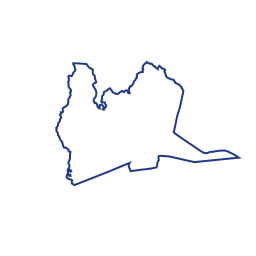 outline of Monção, Maranhão, Brazil, rotated 148°
{"feature_id": "56859067B17322500216026", "entity_name": "Monção", "entity_type": "district", "adm_level": 2, "iso_a3": "BRA", "parent_name": "Brazil", "parent_adm1": "Maranhão", "projection": "robinson", "projection_center": [-45.311, -3.479], "detail": "fine", "context": "isolated", "style": "outline", "palette": "blue", "viewbox_px": 256, "rotation_deg": 148, "n_neighbors": 0, "source": "geoboundaries", "source_scale": "gbopen_adm2", "svg_char_len": 4111}
<svg xmlns="http://www.w3.org/2000/svg" viewBox="0 0 256 256"><g transform="rotate(148 128 128)"><path d="M140.1,211.9L140.7,210.7L140.5,209.1L141.2,207.5L141.5,205.5L143.0,204.4L144.2,204.2L145.8,203.4L147.1,202.4L148.3,201.8L149.3,202.7L150.3,203.7L151.6,203.0L151.9,201.3L153.0,199.6L154.3,198.8L154.8,197.7L155.4,196.1L156.1,195.3L156.5,194.3L156.5,192.4L156.2,190.7L157.0,189.1L158.4,188.9L158.8,187.5L159.2,186.2L160.4,185.6L161.2,184.9L162.4,184.5L163.2,184.1L164.1,183.1L164.7,181.8L165.6,180.8L166.5,179.9L167.5,179.5L169.2,179.5L170.5,179.1L171.6,179.5L172.6,179.4L173.3,178.7L174.0,177.6L174.5,176.1L175.8,176.2L176.7,176.8L177.1,175.5L178.4,175.5L178.9,174.5L178.8,173.2L179.3,172.0L180.6,171.8L181.4,170.8L182.2,169.9L183.2,169.5L184.5,169.2L185.3,168.3L185.8,167.5L187.2,166.6L188.9,166.1L188.9,164.9L190.1,164.1L190.2,162.6L190.1,161.2L190.5,160.2L191.2,159.1L190.9,157.6L191.3,156.5L191.2,155.4L191.7,154.0L191.3,151.4L191.4,150.4L192.2,148.2L192.6,146.6L192.5,145.0L191.0,144.3L190.6,143.0L189.8,141.2L190.6,140.1L190.4,138.9L189.5,138.3L190.5,137.0L191.4,135.9L192.2,134.7L192.9,133.4L193.9,132.5L194.9,131.7L195.9,130.9L197.0,130.2L197.4,129.1L197.3,127.7L198.2,126.2L199.1,125.6L200.1,125.2L199.8,123.8L201.6,124.2L202.4,122.4L202.6,121.3L203.0,120.2L204.3,120.8L205.2,120.0L206.3,118.5L205.6,117.2L205.1,115.8L204.4,115.2L203.5,114.3L203.1,113.1L204.2,112.2L205.0,110.7L204.3,109.6L203.8,108.0L166.0,101.0L151.8,98.7L145.1,97.5L147.0,96.4L147.7,94.8L148.1,93.1L148.3,91.4L148.6,90.0L146.8,89.2L139.3,85.8L137.5,85.0L136.0,84.2L134.3,83.4L129.6,81.3L124.8,79.5L123.3,80.5L122.6,81.6L121.5,82.8L120.3,83.8L118.9,84.4L118.4,85.7L117.8,86.8L116.9,87.9L114.9,87.0L112.7,85.4L108.3,82.2L103.9,77.9L97.4,71.4L89.6,63.8L71.9,55.1L49.7,44.1L52.5,49.9L54.3,52.7L56.1,55.6L58.2,57.9L62.7,60.4L67.3,62.4L68.5,62.8L71.3,64.3L74.2,64.7L76.2,66.2L77.4,67.5L79.4,71.7L81.3,76.1L86.8,88.5L90.1,96.2L91.6,99.9L85.0,106.8L79.3,112.7L74.3,116.9L73.0,118.1L61.3,130.1L61.4,131.1L61.1,132.4L61.5,133.3L60.8,134.3L61.4,135.5L61.4,137.3L62.4,138.6L63.0,139.9L63.9,140.8L63.6,142.2L64.0,143.6L63.7,144.7L64.9,145.7L65.9,147.0L66.7,147.8L67.3,149.1L67.9,149.9L68.2,151.0L68.2,152.0L67.9,153.3L67.3,154.8L67.2,156.6L66.3,157.0L65.7,157.9L66.4,159.3L67.6,160.4L67.8,161.6L68.0,162.9L68.5,164.1L69.6,163.6L70.9,163.1L71.5,162.2L72.0,163.7L72.7,165.0L72.4,165.9L73.2,166.6L73.5,167.8L73.7,169.4L74.2,170.4L75.3,170.6L75.8,171.8L76.6,172.7L77.1,174.0L78.3,173.3L79.3,173.7L80.6,173.4L81.9,172.9L82.7,172.1L83.9,171.4L83.9,169.8L85.0,169.2L85.6,167.7L86.8,168.2L88.2,168.7L89.2,169.0L90.3,168.8L91.7,168.8L92.8,168.0L93.2,166.8L93.8,165.9L94.9,165.9L95.6,165.2L96.5,164.7L97.5,164.6L98.5,164.3L99.3,163.5L100.3,162.6L102.0,162.2L103.2,161.7L104.2,162.3L104.8,161.5L106.0,161.2L106.5,160.2L107.6,159.7L107.8,158.2L108.0,156.7L108.9,156.9L109.3,158.1L108.9,159.0L108.8,160.0L109.5,160.9L110.9,161.1L112.4,160.5L112.8,161.5L113.6,162.8L115.0,162.5L116.3,162.7L117.7,162.2L118.9,162.4L119.8,162.9L120.5,164.2L121.6,165.5L122.1,167.1L121.9,168.6L122.2,169.9L122.3,171.2L123.3,171.5L124.2,171.3L125.5,171.0L126.9,171.0L128.2,171.1L129.2,171.3L130.1,170.4L130.8,169.5L131.7,169.0L132.8,168.9L133.8,168.1L134.3,166.6L135.3,165.3L136.4,165.1L136.8,164.2L136.7,163.2L135.8,162.9L134.9,162.7L134.1,161.8L134.6,160.5L134.5,159.5L134.6,158.5L135.4,157.8L136.6,157.2L137.7,157.1L138.9,156.4L139.5,157.2L138.2,158.0L137.3,159.0L137.5,160.5L138.4,161.7L139.9,162.4L141.0,161.1L141.5,159.6L142.3,160.4L142.4,161.7L142.4,163.0L141.9,163.9L141.7,165.3L142.0,166.5L142.9,166.6L143.0,168.1L142.7,169.3L142.0,170.3L140.9,170.9L139.8,171.2L138.8,171.7L137.9,172.4L137.2,173.1L136.3,174.5L135.6,175.8L135.3,177.5L135.2,179.2L135.2,180.8L135.3,182.5L134.5,183.6L132.9,183.8L131.7,183.6L130.7,183.6L129.8,187.3L129.3,188.4L128.6,190.0L129.0,191.9L128.9,192.9L128.2,194.3L126.8,196.2L129.1,200.3L129.3,204.3L131.2,205.6L133.8,207.5L135.4,208.7L140.1,211.9ZM199.8,123.8L199.0,122.5L199.1,121.4L200.0,121.6L200.6,122.6L199.8,123.8ZM203.0,120.2L201.8,118.9L202.1,117.9L203.2,118.6L203.0,120.2Z" fill="none" stroke="#1e3a8a" stroke-width="2"/></g></svg>